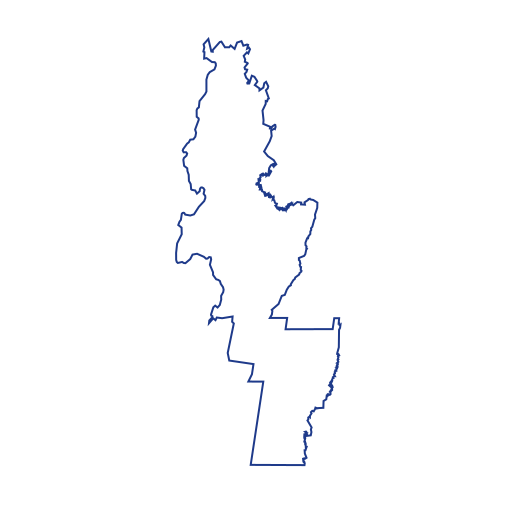 the district of Kurmenes pag., Vecumnieku, Latvia, rotated 107°
{"feature_id": "27541924B36001401326835", "entity_name": "Kurmenes pag.", "entity_type": "district", "adm_level": 2, "iso_a3": "LVA", "parent_name": "Latvia", "parent_adm1": "Vecumnieku", "projection": "robinson", "projection_center": [24.833, 56.463], "detail": "fine", "context": "isolated", "style": "outline", "palette": "blue", "viewbox_px": 512, "rotation_deg": 107, "n_neighbors": 0, "source": "geoboundaries", "source_scale": "gbopen_adm2", "svg_char_len": 6105}
<svg xmlns="http://www.w3.org/2000/svg" viewBox="0 0 512 512"><g transform="rotate(107 256 256)"><path d="M457.3,200.0L441.8,148.5L440.0,148.8L438.8,149.6L439.1,150.2L438.2,150.9L437.0,150.8L437.0,151.3L436.1,151.7L435.3,150.6L435.4,149.7L434.2,148.7L430.7,151.5L427.6,152.7L427.3,151.9L424.1,151.8L424.5,152.4L421.1,153.6L421.4,154.0L419.2,154.8L419.3,155.5L416.0,155.6L414.9,156.1L415.6,156.7L415.2,156.9L412.4,157.6L412.1,156.8L412.7,156.7L411.9,156.1L410.5,156.9L410.1,156.2L409.7,157.5L409.3,156.9L409.3,156.6L411.6,155.1L413.2,154.9L411.5,151.2L408.2,151.5L405.8,152.8L403.7,152.7L398.2,158.7L397.0,158.2L395.2,158.8L394.1,158.0L394.4,157.3L393.0,157.7L390.3,156.9L389.3,157.8L387.6,156.9L387.7,155.4L384.7,154.7L384.1,153.5L384.0,154.8L383.6,154.8L383.7,153.3L381.5,147.2L374.9,149.0L372.5,146.9L369.1,147.5L369.1,146.7L368.3,146.4L367.5,146.8L368.2,147.4L367.3,147.1L367.0,146.8L367.6,146.0L367.2,144.8L366.1,144.3L365.4,144.9L364.2,144.9L364.1,145.6L362.5,145.1L362.8,144.5L361.9,144.0L360.1,144.7L359.0,144.3L358.2,144.9L359.5,145.4L357.3,146.4L359.0,146.8L358.3,148.3L355.5,147.2L355.3,148.0L354.1,147.7L353.8,147.3L354.4,146.8L352.9,146.6L352.4,147.1L350.5,146.9L350.0,146.3L349.4,147.0L348.2,146.3L347.9,145.4L346.6,146.8L345.4,146.5L345.9,145.8L344.0,146.8L343.2,146.2L342.4,146.7L342.1,145.7L341.4,146.1L340.1,145.7L339.6,146.6L338.9,145.8L338.0,146.3L337.8,145.7L337.2,146.0L337.4,146.7L336.0,146.6L335.6,146.1L334.7,146.4L334.6,147.2L333.1,146.3L331.6,147.6L330.8,147.0L330.1,147.7L328.6,147.6L328.0,148.4L327.3,148.4L326.7,147.5L325.7,148.5L326.0,149.7L325.5,149.9L319.1,150.1L302.3,155.0L300.2,154.6L297.2,155.1L297.7,155.4L297.6,156.0L296.1,156.7L296.4,157.2L291.2,158.3L292.6,163.0L303.5,161.3L317.4,206.3L306.1,208.1L311.2,224.6L307.4,223.7L303.7,224.3L302.9,225.2L295.3,220.4L286.6,219.7L284.8,217.1L279.3,216.7L275.6,215.7L273.8,214.1L273.0,214.5L268.1,213.2L266.7,212.2L265.1,212.2L261.1,209.3L259.8,209.4L257.6,208.1L256.8,208.2L256.2,209.2L253.4,209.7L253.4,210.4L251.7,211.7L250.4,211.3L247.6,212.9L247.3,213.8L245.4,214.4L241.8,210.0L239.9,209.4L235.3,209.8L234.1,209.4L233.8,210.2L232.0,210.5L231.2,211.8L228.8,212.6L224.2,212.3L223.5,212.0L223.6,211.4L221.8,211.6L219.1,210.5L216.6,211.2L214.9,210.8L213.4,211.5L211.6,210.7L204.2,210.9L202.5,210.4L199.1,211.7L192.1,211.5L187.0,212.9L185.7,217.6L186.0,220.7L185.5,221.2L186.2,222.4L187.4,222.7L190.5,225.3L192.6,224.2L193.5,228.0L191.7,228.4L192.3,232.3L196.6,235.2L195.9,236.3L196.2,236.7L195.5,236.8L196.9,237.9L195.4,238.1L196.4,238.8L199.4,239.0L198.8,239.6L196.7,239.7L197.1,240.3L199.5,240.3L199.5,241.1L199.9,241.5L200.6,241.2L200.5,240.6L201.1,240.0L201.9,240.1L201.6,240.8L203.5,240.7L202.8,241.4L204.1,242.3L202.7,241.9L202.3,242.9L202.9,243.3L204.1,242.6L204.5,243.8L203.7,244.8L202.4,244.4L202.2,244.8L203.5,245.8L202.0,246.0L204.5,246.9L203.1,247.7L203.4,248.3L204.6,248.3L204.2,249.3L203.0,248.7L203.1,249.6L204.0,249.9L202.3,252.0L201.9,251.3L199.9,251.3L200.0,252.6L199.4,253.5L197.4,254.8L197.2,255.8L195.9,256.0L196.9,256.6L194.5,256.9L195.2,257.4L194.6,258.7L195.9,259.6L195.9,260.8L195.1,261.1L193.6,259.8L193.0,260.6L193.6,261.8L192.2,262.3L193.4,263.4L194.7,263.1L195.5,264.3L193.0,264.7L195.0,265.4L193.3,266.6L193.2,265.9L192.6,265.9L192.3,269.1L190.8,269.7L191.3,271.8L189.9,271.8L189.1,270.8L186.7,272.2L186.9,272.7L189.9,272.8L186.3,274.3L187.6,275.9L187.5,276.6L186.4,276.7L184.8,274.8L182.3,275.9L182.6,274.1L181.5,274.3L181.0,275.5L179.4,274.6L177.5,275.6L175.9,274.3L177.1,273.7L177.2,273.0L175.5,272.8L176.1,271.9L175.9,271.2L174.1,270.7L174.3,270.0L176.3,269.5L174.4,268.3L175.5,268.0L175.3,267.2L170.6,266.2L170.2,266.8L173.1,268.2L168.1,269.1L164.9,268.3L162.8,266.3L162.7,265.6L163.5,265.2L164.5,266.5L165.4,265.2L163.7,265.0L164.0,264.4L162.4,263.4L159.2,267.0L157.0,273.9L153.7,278.8L142.3,276.4L136.7,276.1L131.7,278.2L128.9,275.8L129.1,275.0L126.8,275.0L125.0,275.9L125.0,276.4L127.2,278.2L129.9,279.0L130.0,280.0L128.3,280.1L127.5,287.7L123.9,288.5L115.0,292.3L107.7,291.2L104.9,292.0L104.8,290.6L102.5,290.6L101.6,289.8L94.6,295.0L92.3,293.8L90.1,293.9L86.5,297.3L88.4,298.6L92.8,298.2L96.6,301.1L94.7,301.7L92.9,307.1L88.9,305.7L88.2,306.2L85.1,309.9L84.8,312.7L93.0,312.9L93.6,314.6L93.1,315.0L90.4,314.0L88.4,317.5L85.1,320.0L82.7,318.9L80.4,318.9L80.6,321.1L79.0,322.1L74.3,320.2L73.9,320.5L73.5,323.5L71.2,323.8L68.2,326.3L63.9,324.2L64.6,322.6L60.0,322.2L58.8,323.7L60.3,325.1L56.4,325.3L56.4,326.4L58.6,329.6L54.7,332.7L57.4,336.5L64.2,337.0L62.1,341.8L64.2,342.6L65.5,346.7L61.1,351.8L62.0,353.2L71.7,357.6L73.3,357.1L73.5,358.5L62.4,365.0L68.9,368.0L71.6,366.4L75.9,366.1L76.1,364.9L82.4,363.3L81.2,361.1L83.4,354.8L82.7,352.1L83.6,350.8L85.7,350.0L89.7,350.3L93.7,354.0L96.8,355.1L101.8,355.0L113.2,351.5L116.1,352.0L124.4,355.3L130.6,354.1L132.1,355.2L133.9,355.4L140.2,353.4L141.2,351.1L142.4,350.6L152.9,351.2L155.7,349.3L159.6,348.9L162.7,350.0L164.0,352.9L167.0,353.5L168.6,354.7L175.1,356.9L176.6,356.9L178.0,355.5L177.2,353.2L178.1,351.8L180.3,351.8L183.4,353.6L185.3,353.6L190.8,351.1L192.2,347.4L194.8,346.4L198.0,344.1L203.8,342.1L206.3,339.5L211.2,337.5L211.5,336.6L211.1,333.3L213.6,330.7L210.5,328.8L208.3,329.2L206.8,328.8L206.2,327.8L206.5,326.1L207.8,324.6L211.8,324.3L213.4,322.1L215.3,321.4L218.6,321.6L225.6,325.0L234.3,327.5L236.5,330.7L237.1,335.8L235.9,337.1L235.8,337.8L236.3,338.8L237.3,339.3L243.4,338.4L245.7,339.2L249.1,339.4L250.6,335.5L256.9,333.4L267.0,335.1L276.4,333.3L283.1,331.2L284.9,330.0L285.5,328.7L283.3,324.9L283.8,323.0L283.5,321.4L278.2,318.0L273.2,317.1L271.1,313.0L272.0,305.6L273.2,302.9L272.6,301.6L270.7,300.5L270.5,298.9L272.3,297.9L277.9,297.5L284.2,292.3L286.7,291.5L289.9,287.3L289.9,285.0L290.5,283.2L293.0,281.5L295.5,278.4L297.7,277.1L300.2,276.8L304.3,277.7L307.9,276.5L313.4,276.3L316.5,277.7L315.4,280.5L317.5,281.8L325.1,281.9L326.1,281.4L326.3,280.1L327.3,279.8L331.3,281.8L334.0,281.3L328.1,278.7L329.2,276.0L326.3,275.5L325.4,270.2L320.7,260.7L325.9,259.6L327.0,257.5L357.0,254.7L363.8,251.0L360.1,226.8L370.3,225.3L378.3,226.6L374.0,212.3L457.3,200.0Z" fill="none" stroke="#1e3a8a" stroke-width="2"/></g></svg>